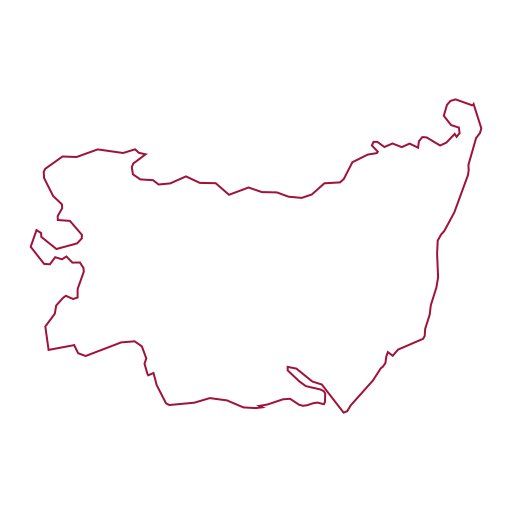 the Administrative County of Suffolk
{"feature_id": "GBR-2318", "entity_name": "Suffolk", "entity_type": "Administrative County", "adm_level": 1, "iso_a3": "GBR", "parent_name": "United Kingdom", "parent_adm1": "", "projection": "orthographic", "projection_center": [1.069, 52.241], "detail": "fine", "context": "isolated", "style": "outline", "palette": "rose", "viewbox_px": 512, "rotation_deg": 0, "n_neighbors": 0, "source": "natural_earth", "source_scale": "10m", "svg_char_len": 2029}
<svg xmlns="http://www.w3.org/2000/svg" viewBox="0 0 512 512"><path d="M473.6,104.1L481.3,128.3L480.0,133.0L476.1,138.0L468.4,165.0L468.7,170.0L468.0,175.0L454.3,212.4L444.4,230.8L441.0,234.7L437.7,240.6L437.1,253.9L438.1,277.3L436.4,287.4L430.8,305.3L429.7,314.7L425.2,328.7L424.7,335.9L423.1,338.8L398.0,349.6L392.7,355.8L387.9,352.1L386.3,356.4L385.4,363.1L382.9,366.6L380.7,368.4L373.0,380.4L350.7,405.4L347.2,411.2L343.6,412.6L321.8,384.5L312.3,381.5L296.4,368.6L287.7,366.9L287.7,370.4L299.1,381.2L305.8,386.1L320.5,389.5L323.8,391.2L325.2,393.5L325.0,401.9L323.9,404.2L317.4,402.6L313.7,403.1L306.8,405.3L303.0,405.8L299.0,404.7L290.1,398.8L283.0,399.3L267.5,404.5L259.3,405.9L262.3,407.3L255.8,408.1L243.4,407.4L227.0,400.4L209.8,398.1L194.3,402.7L169.3,405.0L166.0,403.3L156.7,385.1L153.5,373.0L148.3,375.3L147.4,373.8L144.5,363.7L146.3,358.5L141.9,346.4L134.6,341.3L121.2,342.4L85.6,356.0L78.1,353.2L74.2,345.1L48.6,349.9L45.3,326.5L54.8,313.7L56.2,305.5L63.1,297.8L65.9,295.8L73.0,299.0L77.6,297.5L77.6,289.0L83.8,271.7L83.4,267.8L79.9,262.5L72.4,262.6L66.4,256.5L62.0,259.3L55.2,257.2L49.9,264.3L44.1,263.9L30.7,246.8L36.5,230.1L41.1,233.0L41.3,236.9L56.4,249.0L77.1,243.4L81.8,238.4L81.9,234.8L69.9,220.9L57.8,220.0L57.7,216.1L62.2,208.2L61.9,204.3L53.2,196.1L44.1,178.1L43.7,172.0L45.1,168.9L62.5,156.5L76.6,157.0L97.7,149.4L123.1,153.0L135.1,149.3L138.8,152.8L145.6,154.3L133.3,163.5L131.8,167.1L132.9,174.3L140.3,179.4L153.1,180.2L158.6,184.5L170.2,183.4L186.0,176.4L199.8,182.9L215.7,183.2L229.0,194.8L248.5,187.5L261.9,192.1L276.8,192.4L288.6,196.7L301.6,197.9L311.8,194.5L324.4,183.3L340.0,182.4L343.8,179.0L352.4,162.2L367.7,154.6L376.9,153.1L377.8,151.7L371.9,145.5L373.5,141.9L377.4,141.9L384.4,147.0L392.5,143.5L401.8,147.1L409.6,143.6L418.1,147.7L418.9,141.3L422.3,137.1L426.6,137.4L440.1,145.5L446.4,142.6L454.7,133.9L456.6,136.8L459.6,133.1L458.9,127.6L451.1,125.1L443.8,115.8L447.0,104.8L450.5,100.9L455.6,99.4L471.8,105.2L473.0,105.1L473.6,104.1Z" fill="none" stroke="#9f1239" stroke-width="2"/></svg>